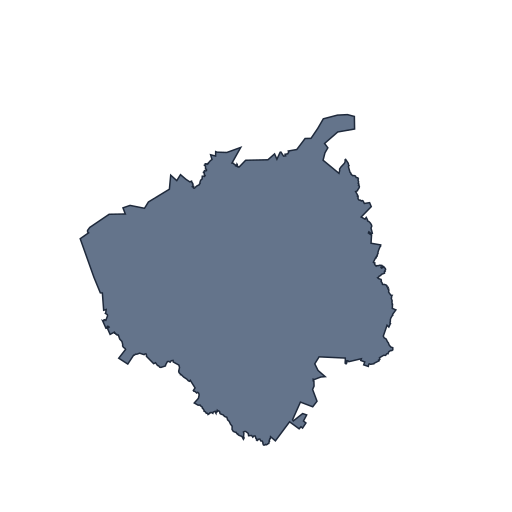 the district of Guerrero, Chihuahua, Mexico, rotated 27°
{"feature_id": "50627088B70809052051405", "entity_name": "Guerrero", "entity_type": "district", "adm_level": 2, "iso_a3": "MEX", "parent_name": "Mexico", "parent_adm1": "Chihuahua", "projection": "natural_earth1", "projection_center": [-107.504, 28.455], "detail": "fine", "context": "isolated", "style": "filled", "palette": "slate", "viewbox_px": 512, "rotation_deg": 27, "n_neighbors": 0, "source": "geoboundaries", "source_scale": "gbopen_adm2", "svg_char_len": 6161}
<svg xmlns="http://www.w3.org/2000/svg" viewBox="0 0 512 512"><g transform="rotate(27 256 256)"><path d="M296.1,131.5L292.0,129.2L291.7,129.7L292.6,131.6L292.7,133.2L291.3,138.1L291.0,140.6L291.8,141.9L292.4,144.7L272.3,140.2L270.6,132.8L270.9,127.0L266.0,124.6L272.5,108.4L286.2,98.1L280.3,87.0L273.3,88.5L264.6,93.5L253.7,103.2L253.1,114.3L251.6,126.2L246.4,129.0L244.0,142.6L237.1,147.8L237.9,148.5L237.9,150.5L235.7,152.2L236.9,153.3L235.2,154.5L231.0,152.1L230.4,152.6L230.7,160.3L226.2,156.6L222.9,164.9L203.3,175.4L200.6,184.3L199.8,184.8L197.9,184.8L198.5,184.2L198.1,184.1L197.8,183.0L197.4,182.8L197.6,183.3L196.6,184.7L196.1,184.2L194.1,184.0L193.9,183.7L192.4,184.1L193.1,166.2L183.0,177.0L174.1,181.2L172.7,181.3L174.6,185.3L169.6,186.4L173.0,190.0L172.1,191.7L171.4,194.5L171.5,195.0L171.2,195.0L170.9,195.8L171.1,196.2L170.9,196.5L170.2,196.3L169.2,196.7L169.0,196.9L169.5,197.3L168.8,198.5L170.3,199.0L171.5,201.4L172.5,201.3L173.1,202.4L172.3,203.2L171.4,203.4L171.3,204.1L171.6,205.0L170.7,205.6L172.2,205.4L172.9,206.8L174.2,207.5L173.9,208.6L173.1,208.6L171.9,209.3L173.0,211.8L172.3,213.6L172.6,215.8L173.2,216.7L172.9,217.8L173.1,218.2L171.3,220.8L170.4,223.5L169.5,223.8L168.7,223.3L168.8,222.9L168.4,222.9L168.5,222.6L167.8,222.9L167.9,221.9L167.3,220.7L166.9,220.7L166.6,220.0L166.0,219.9L165.6,219.3L164.8,219.4L164.5,218.7L163.3,220.0L158.9,219.5L151.8,217.8L151.2,224.8L143.3,222.7L148.5,235.8L135.6,256.7L135.0,264.1L120.8,268.1L115.6,273.5L120.5,277.9L106.2,285.5L94.9,306.0L94.3,309.7L95.0,311.0L96.3,311.4L91.5,320.4L121.2,348.5L134.0,359.5L135.9,358.7L144.9,373.5L146.8,371.7L147.9,374.8L147.8,375.5L150.2,375.7L150.9,376.8L151.4,381.5L150.2,381.4L149.5,382.0L149.9,382.8L149.5,383.3L148.7,383.3L155.6,388.9L155.1,387.9L155.6,387.6L155.5,386.3L155.9,385.8L156.6,385.9L156.2,386.3L156.3,386.6L157.2,386.5L156.5,387.9L161.6,392.1L164.3,388.2L165.0,389.0L165.5,388.6L166.8,389.3L167.5,389.0L168.1,389.5L169.2,388.9L172.3,391.9L175.3,393.0L177.3,395.2L178.0,396.7L179.5,397.6L181.3,397.8L182.2,398.4L180.1,409.4L190.8,410.5L192.0,399.9L192.7,399.5L193.2,398.2L194.4,397.6L196.5,395.4L201.1,394.7L201.3,394.0L202.3,393.1L203.5,394.0L203.7,394.9L204.1,395.2L213.7,398.4L214.9,396.7L218.0,398.3L218.9,398.0L220.8,398.8L221.9,398.4L225.2,395.1L224.9,393.8L225.0,390.3L226.2,389.5L227.7,389.6L228.0,387.8L229.5,386.7L230.4,388.0L236.8,388.2L238.5,390.1L239.4,393.7L240.4,394.9L242.4,395.5L242.6,396.0L243.4,395.7L246.5,396.7L250.2,397.1L252.4,397.9L253.7,397.8L253.9,396.6L261.6,401.2L261.2,404.3L261.9,404.7L263.3,404.4L265.4,405.0L266.0,403.9L267.3,404.3L268.4,405.6L269.3,408.9L267.7,415.0L272.1,415.2L274.0,414.2L274.3,414.6L276.8,415.1L277.5,416.1L278.2,416.1L279.9,417.2L280.2,417.9L281.7,417.8L283.1,418.7L283.6,418.3L284.5,418.3L285.2,419.0L286.0,417.7L286.0,416.8L286.5,416.6L286.7,416.0L287.3,415.7L289.0,415.8L288.7,414.5L290.0,413.0L290.8,413.1L291.1,414.0L291.8,414.4L291.5,413.6L292.1,412.4L291.5,412.1L291.9,411.8L291.6,411.0L292.6,411.3L293.1,410.9L294.5,411.4L295.0,412.3L295.9,412.8L299.1,412.5L300.6,413.2L301.8,413.2L303.2,412.9L305.1,414.9L307.2,415.5L309.6,417.4L312.0,418.5L313.4,421.4L315.4,422.6L317.9,422.4L318.3,422.1L319.7,423.0L320.3,422.8L320.3,423.1L322.0,423.5L325.4,423.2L328.0,425.0L328.0,423.5L326.8,422.4L325.8,419.7L324.7,418.5L325.5,417.5L326.6,417.0L329.6,417.6L331.0,419.5L333.6,417.9L335.4,418.9L335.9,417.2L337.1,416.8L338.6,418.5L339.5,418.5L339.9,419.7L340.8,419.9L341.7,417.8L342.5,417.4L344.2,418.6L345.4,418.1L346.7,418.9L347.4,420.1L348.5,421.0L349.6,420.5L350.1,419.5L350.8,419.6L351.5,418.8L351.9,417.8L352.5,417.2L352.0,415.5L352.2,415.1L352.7,415.1L351.6,414.6L351.3,412.6L351.6,412.5L351.6,412.0L351.0,410.4L357.2,411.9L361.2,388.5L372.9,390.4L373.6,387.7L375.6,388.2L376.3,382.1L373.2,381.5L373.3,374.6L369.1,375.2L364.1,386.0L362.9,385.3L361.9,366.0L375.0,364.6L376.3,357.7L367.0,349.2L366.8,345.6L364.4,341.2L363.7,341.3L362.9,339.8L363.9,339.7L368.7,334.4L372.4,332.1L363.2,329.8L357.3,325.4L358.0,317.2L381.9,306.4L384.3,311.2L385.2,311.2L385.4,310.0L385.1,309.0L384.5,308.7L384.0,309.0L384.3,308.2L385.4,307.6L386.7,308.0L396.5,299.7L396.8,301.5L401.0,301.0L401.4,304.1L406.2,303.4L405.6,301.1L406.0,300.6L407.2,300.5L410.0,298.5L409.9,298.0L413.2,293.5L412.5,293.0L413.3,291.9L412.2,290.6L414.8,286.5L416.6,285.7L416.8,284.0L417.3,283.3L418.0,283.2L417.8,280.9L419.1,278.9L419.9,278.7L420.5,277.5L419.5,275.6L417.4,275.9L414.8,274.7L413.4,273.3L412.0,272.7L409.7,270.9L407.3,270.7L405.8,269.6L404.2,258.2L406.6,259.0L406.5,256.3L406.2,255.9L406.6,255.2L405.5,254.3L405.3,252.9L404.7,252.1L404.3,250.1L404.4,247.8L404.8,246.7L404.2,246.0L405.1,240.5L401.2,240.8L400.1,238.2L399.4,237.5L399.6,237.0L398.7,236.3L397.8,235.0L397.8,234.3L395.7,232.2L395.5,230.9L395.0,230.0L395.1,229.3L393.9,229.7L390.5,227.9L390.1,226.5L389.2,225.8L389.3,225.3L388.5,225.3L388.1,225.0L388.0,223.9L386.5,223.9L386.1,223.0L385.3,222.8L383.4,223.0L381.6,223.9L380.6,222.7L379.1,222.0L379.1,221.4L378.1,220.1L375.4,220.5L374.2,220.1L374.9,219.0L374.9,218.0L376.0,216.7L376.0,215.5L378.3,213.0L377.5,211.5L377.9,211.1L377.5,210.9L377.7,209.4L377.0,208.5L374.6,207.5L374.4,208.5L373.3,209.8L372.7,209.5L373.6,208.1L373.5,207.7L372.3,207.2L371.6,208.0L370.7,207.8L369.1,209.3L368.0,209.7L367.7,210.5L365.6,209.7L365.0,208.2L364.1,208.5L363.4,208.3L363.4,203.2L363.5,202.8L363.8,202.8L363.5,202.2L364.0,201.4L363.6,200.9L363.8,200.3L363.4,199.4L363.6,198.4L363.0,197.4L362.6,195.1L362.3,191.4L362.6,190.9L362.1,189.5L352.7,192.4L349.5,185.0L345.7,184.5L345.6,183.2L348.9,183.8L349.4,183.0L345.8,178.9L345.6,176.8L344.8,175.9L343.1,174.8L340.8,174.0L339.5,174.1L338.7,173.0L336.7,171.6L336.4,173.7L332.0,173.5L336.3,159.7L333.0,156.9L328.7,160.0L326.3,158.3L325.6,158.3L324.8,159.2L323.7,158.8L322.6,159.4L320.9,158.7L319.8,156.3L319.2,156.6L318.6,155.4L315.5,153.4L316.8,151.8L316.6,150.7L316.9,148.9L316.7,147.4L316.2,146.7L315.2,146.5L315.1,145.2L314.0,144.8L313.8,143.4L312.4,142.0L312.2,140.8L311.2,140.1L309.6,140.6L308.3,139.6L306.8,139.8L305.7,140.5L303.4,139.9L303.1,139.2L301.8,138.8L297.8,134.5L297.8,133.2L297.3,133.1L296.1,131.5Z" fill="#64748b" stroke="#1e293b" stroke-width="1.5"/></g></svg>